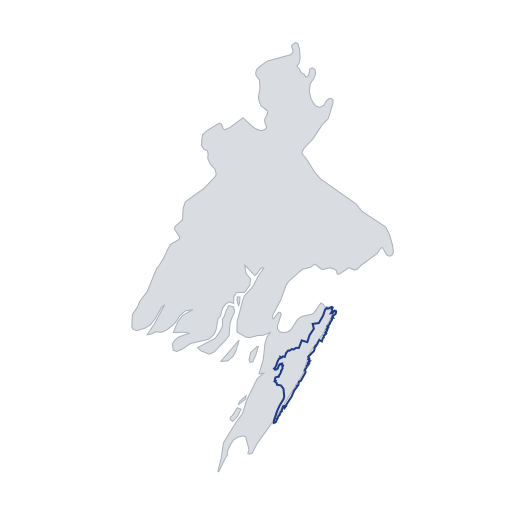 location of Rangamati, Chittagong, Bangladesh, rotated 37°
{"feature_id": "16705992B35610473312733", "entity_name": "Rangamati", "entity_type": "district", "adm_level": 2, "iso_a3": "BGD", "parent_name": "Bangladesh", "parent_adm1": "Chittagong", "projection": "equal_earth", "projection_center": [92.168, 22.796], "detail": "medium", "context": "in_parent", "style": "outline", "palette": "blue", "viewbox_px": 512, "rotation_deg": 37, "n_neighbors": 0, "source": "geoboundaries", "source_scale": "gbopen_adm2", "svg_char_len": 5599}
<svg xmlns="http://www.w3.org/2000/svg" viewBox="0 0 512 512"><g transform="rotate(37 256 256)"><path d="M190.4,362.3L190.5,349.9L184.1,325.7L184.5,323.1L183.2,311.4L181.6,305.0L180.8,298.1L184.8,288.2L183.2,286.6L174.6,283.6L173.6,281.0L175.5,271.3L169.3,262.1L166.9,255.3L173.8,233.2L175.6,217.8L175.2,214.8L171.1,211.4L163.9,210.0L158.8,207.1L155.9,202.8L153.4,201.1L150.3,202.3L146.3,200.7L143.0,196.3L140.3,191.1L141.4,185.4L146.8,171.9L148.8,171.5L153.3,174.1L155.0,174.1L158.0,168.7L162.4,153.5L176.9,154.8L180.4,154.3L184.1,153.1L186.1,151.2L187.2,148.8L186.8,146.7L182.4,143.8L180.7,141.6L179.5,135.6L178.2,133.3L169.4,133.0L164.9,130.2L162.4,127.7L158.1,119.4L152.6,113.3L147.4,111.8L145.4,109.8L144.3,106.7L145.0,102.1L147.8,93.4L162.4,74.6L162.8,72.5L162.3,70.1L158.1,67.1L157.8,65.6L159.1,61.6L161.5,61.1L166.4,64.7L171.4,70.5L174.4,75.7L174.4,79.8L178.4,80.6L181.7,82.4L185.1,81.9L187.3,82.9L188.7,82.5L189.3,80.1L186.5,74.2L187.9,71.7L191.3,71.9L193.6,74.1L195.3,78.7L195.6,85.7L199.4,92.2L204.5,96.7L208.5,98.8L213.4,100.3L217.5,98.9L219.6,94.4L218.7,90.4L219.4,86.8L221.1,84.8L223.6,85.0L225.6,87.8L231.1,103.1L229.9,109.9L231.0,128.6L229.5,141.0L230.4,145.7L231.3,146.5L239.8,148.8L252.2,153.7L261.6,155.6L304.3,154.2L313.7,156.6L342.2,154.8L350.0,158.7L358.4,165.1L363.2,169.9L364.0,172.6L363.5,175.0L361.9,176.2L359.0,176.3L352.3,173.2L351.1,174.1L351.1,181.5L345.6,200.1L344.8,205.9L342.9,208.1L337.3,209.3L333.5,220.2L332.0,221.5L328.3,219.2L325.9,219.5L323.0,220.5L320.1,223.1L318.1,226.2L315.9,227.2L307.9,227.0L306.3,232.1L301.1,238.7L297.4,256.2L297.7,261.6L302.1,275.6L305.1,293.8L306.3,295.6L307.8,295.8L307.9,287.4L309.4,286.4L311.2,287.3L315.0,298.5L317.1,301.4L320.5,302.2L324.3,300.5L327.1,297.2L328.2,293.7L327.3,281.4L329.1,276.4L335.6,269.0L336.5,266.7L336.1,254.5L338.6,254.1L341.9,255.1L346.1,252.1L347.3,252.1L349.1,255.2L352.0,254.7L356.5,278.9L356.9,296.1L357.9,305.6L359.5,307.8L364.4,322.1L369.1,372.6L369.7,404.8L371.6,415.7L370.0,418.2L368.4,418.7L366.9,414.8L356.4,406.6L353.8,407.5L350.2,412.2L348.7,416.6L349.3,422.8L350.5,428.9L353.0,432.4L353.2,436.3L356.1,450.8L355.2,450.9L349.5,437.7L342.4,424.7L340.2,401.4L340.0,390.0L335.2,376.5L330.8,353.1L332.7,344.8L329.4,348.4L324.1,334.3L315.9,320.6L313.5,314.5L313.4,308.6L309.8,314.6L305.0,318.7L300.1,325.0L296.8,326.9L286.4,328.1L280.4,319.7L271.9,299.1L270.7,294.5L271.9,282.4L269.9,270.9L269.4,260.9L267.8,261.8L267.2,264.5L267.5,268.8L266.9,272.3L252.5,270.0L258.6,276.0L265.2,277.4L268.6,282.8L268.8,291.8L262.3,297.2L262.8,301.7L266.6,307.3L262.0,308.8L260.8,312.4L260.6,317.6L263.8,325.5L263.2,328.7L268.6,339.0L269.7,344.0L268.3,351.0L256.4,365.3L253.0,375.4L250.0,380.1L246.4,381.0L242.0,376.2L241.9,371.3L242.9,367.4L249.1,358.0L245.7,359.2L236.1,367.0L234.3,360.7L233.1,354.8L233.1,347.7L237.8,336.9L232.6,342.3L231.1,349.0L231.7,356.8L231.0,362.4L228.9,369.7L226.1,374.1L221.5,376.9L219.5,381.2L216.5,384.4L215.5,369.7L212.4,349.9L211.6,354.1L213.2,366.4L213.1,374.4L210.6,380.7L205.6,387.5L201.7,388.5L199.5,387.4L192.5,377.2L191.9,367.6L190.4,362.3ZM277.8,362.5L269.0,364.9L264.5,364.2L272.9,346.4L272.7,338.4L271.4,331.9L267.2,326.7L266.9,323.0L265.1,317.9L264.1,312.0L268.8,310.1L272.6,313.5L274.0,320.2L275.8,325.3L282.4,335.7L282.3,342.1L280.4,357.7L277.8,362.5ZM296.7,356.7L291.3,361.4L293.1,333.3L297.1,343.8L298.1,349.4L296.7,356.7ZM317.2,342.6L314.9,344.6L312.7,342.9L309.9,336.3L311.3,328.0L312.2,326.8L315.5,335.3L317.2,342.6ZM337.0,402.0L334.0,402.3L332.5,400.3L333.2,397.5L332.4,388.4L336.3,387.4L337.7,395.1L337.0,402.0ZM333.7,376.5L331.4,385.5L330.5,381.5L332.1,373.5L333.7,376.5ZM271.1,303.3L272.0,306.2L267.1,302.5L265.8,299.8L268.0,298.4L271.1,303.3Z" fill="#d9dde1" stroke="#a8b0b8" stroke-width="1"/><path d="M370.7,378.6L371.7,377.0L371.1,373.9L370.5,373.4L370.9,372.6L370.1,369.9L370.6,369.2L369.6,365.8L370.1,364.4L369.6,364.1L368.1,359.9L368.9,358.8L370.3,360.2L370.4,357.4L369.7,356.7L369.0,346.7L367.5,340.8L367.4,334.8L367.0,334.8L367.5,333.7L366.0,330.6L366.9,328.6L365.7,319.6L365.1,318.4L363.6,318.0L363.5,314.6L362.6,313.0L362.9,312.3L362.5,311.5L363.0,311.6L362.7,310.9L363.1,310.7L362.5,310.1L362.9,309.5L362.3,309.1L362.3,307.9L361.6,308.6L360.8,306.3L359.9,306.8L359.7,305.6L358.4,305.1L359.4,297.0L358.8,295.0L357.7,293.8L358.2,292.2L357.6,291.7L358.0,290.2L357.1,284.9L360.0,284.6L358.8,281.5L359.1,280.1L358.0,279.0L358.8,276.4L358.3,275.6L358.0,276.1L357.6,275.6L358.0,275.2L357.4,275.1L357.7,273.1L357.2,272.9L357.1,271.5L356.5,271.8L356.4,270.0L356.0,269.8L356.4,269.3L355.6,268.9L356.1,268.5L355.6,267.9L355.7,265.3L355.1,264.7L355.2,261.8L354.8,260.8L354.1,260.6L354.1,259.2L354.6,258.9L353.7,258.6L353.8,257.7L353.4,257.5L354.3,254.8L354.2,253.4L353.1,251.9L351.8,252.2L351.4,255.7L350.3,256.7L350.1,253.5L348.6,253.0L348.3,251.0L347.8,250.9L346.9,251.3L345.9,253.8L344.7,255.1L343.8,254.9L343.4,257.1L345.5,263.3L346.5,271.8L342.1,276.1L346.0,279.3L346.4,287.0L348.8,293.9L343.3,295.9L345.6,303.6L343.2,305.3L342.4,308.0L340.6,308.7L339.7,311.5L338.6,312.1L338.4,315.3L339.7,319.3L338.0,319.9L337.7,321.7L336.0,321.9L336.8,323.2L336.2,324.3L336.7,327.4L338.1,331.4L338.5,334.1L338.1,335.0L339.1,335.3L338.7,335.8L340.4,334.7L341.1,332.8L340.0,329.1L340.3,327.6L341.5,326.3L341.9,327.4L342.7,326.9L343.7,327.3L343.5,328.3L344.9,329.9L345.1,332.6L345.5,332.6L346.4,336.1L346.1,337.5L346.7,338.1L346.8,339.0L345.5,339.9L344.6,341.4L345.7,343.7L346.7,343.7L346.3,344.9L349.2,345.1L350.2,346.2L353.8,344.4L357.9,345.5L363.1,351.3L364.1,353.7L364.8,360.9L366.1,366.9L369.3,376.5L370.7,378.6Z" fill="none" stroke="#1e3a8a" stroke-width="2"/></g></svg>